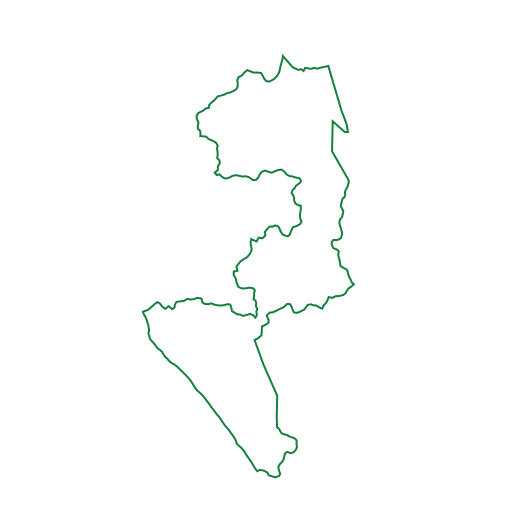 Mata de São João, Bahia, Brazil (Mercator projection), rotated 109°
{"feature_id": "56859067B13319482102872", "entity_name": "Mata de São João", "entity_type": "district", "adm_level": 2, "iso_a3": "BRA", "parent_name": "Brazil", "parent_adm1": "Bahia", "projection": "mercator", "projection_center": [-38.132, -12.491], "detail": "fine", "context": "isolated", "style": "outline", "palette": "green", "viewbox_px": 512, "rotation_deg": 109, "n_neighbors": 0, "source": "geoboundaries", "source_scale": "gbopen_adm2", "svg_char_len": 4868}
<svg xmlns="http://www.w3.org/2000/svg" viewBox="0 0 512 512"><g transform="rotate(109 256 256)"><path d="M345.5,344.8L347.9,342.8L349.6,340.7L352.3,338.3L355.4,336.1L358.1,334.4L361.1,332.8L364.2,332.6L366.6,330.6L368.7,329.6L370.3,327.0L371.6,324.5L372.9,322.4L375.2,319.3L376.2,315.9L377.3,313.5L379.1,311.4L380.7,309.5L381.8,306.8L383.4,304.3L384.5,301.4L385.3,297.5L386.4,294.2L387.8,291.3L389.3,288.2L390.7,285.2L392.5,281.7L394.1,278.9L395.4,276.9L397.4,274.3L400.0,271.3L402.5,267.5L404.2,263.1L405.8,260.3L407.8,257.1L409.8,254.1L411.5,251.6L413.4,249.0L415.6,245.7L418.4,241.6L420.1,238.5L422.0,236.0L423.7,233.9L426.5,230.0L428.1,227.0L429.7,224.5L431.8,221.7L434.2,218.2L437.3,214.7L439.8,213.1L441.0,210.4L442.3,207.1L444.0,204.3L446.3,201.4L448.3,198.9L450.0,196.6L451.8,194.0L455.0,190.2L457.1,187.7L459.1,184.6L457.1,182.9L456.5,180.1L456.5,177.4L457.2,174.5L459.2,172.6L459.1,169.7L459.2,166.1L456.6,162.7L454.1,162.1L451.4,164.4L448.2,166.2L444.8,165.6L441.9,164.2L439.3,163.7L435.8,164.1L432.9,164.2L431.0,162.7L431.2,159.3L429.4,156.5L425.9,155.1L422.9,155.2L420.0,156.7L417.1,157.5L415.7,160.6L415.9,164.9L415.3,167.8L415.3,170.5L415.5,173.5L414.0,175.8L412.0,177.8L411.1,180.3L401.2,184.1L381.3,190.4L356.2,213.6L335.9,230.0L333.7,227.8L331.7,226.4L329.2,225.0L320.6,227.4L317.9,224.5L315.1,222.5L312.2,223.3L308.9,226.5L305.1,224.7L303.9,222.1L301.5,219.2L298.4,216.4L295.9,213.6L293.5,212.1L291.2,211.0L290.4,208.0L292.2,206.0L294.5,204.2L297.0,201.8L296.6,199.0L294.5,196.4L290.9,192.9L285.6,191.3L283.8,188.5L284.0,186.0L283.2,183.2L283.9,179.5L284.3,176.3L280.3,175.8L277.2,174.4L274.4,174.0L271.2,173.9L270.7,170.1L268.2,167.8L266.6,164.0L264.4,160.8L262.0,159.1L259.7,158.9L256.7,158.1L254.4,156.3L250.9,154.2L249.9,156.7L247.6,158.7L245.8,160.7L243.3,162.9L241.1,164.1L239.2,165.8L238.8,169.3L237.9,172.9L234.7,174.6L231.7,176.3L228.2,178.7L224.8,179.2L223.5,181.5L223.4,185.3L220.7,188.1L218.3,188.9L215.6,188.1L214.5,184.4L211.6,181.6L208.8,181.6L205.9,182.2L202.2,184.8L198.0,187.8L194.3,188.5L191.4,187.4L188.8,187.5L185.0,188.1L181.4,192.1L177.4,192.6L173.5,192.8L171.4,191.5L169.0,191.6L166.5,192.8L163.4,192.5L159.8,192.0L156.3,192.3L154.0,193.3L132.2,218.2L103.7,227.3L109.9,212.3L108.8,209.5L102.1,213.1L94.4,219.4L91.3,222.1L52.8,249.5L55.2,253.4L57.2,256.6L58.8,258.8L59.3,262.4L61.3,265.2L61.6,268.1L62.1,270.7L65.6,271.3L64.7,274.3L66.2,276.3L66.0,279.1L65.6,282.7L58.2,295.7L60.6,295.2L63.7,294.9L68.1,294.7L72.1,294.1L75.7,294.0L79.3,294.8L82.1,296.1L84.4,297.9L86.7,300.2L87.3,303.3L85.6,306.1L83.1,308.6L81.4,310.8L82.1,314.7L83.4,318.0L83.3,321.1L83.0,324.7L86.5,326.9L89.9,328.0L92.3,330.6L95.8,331.0L98.2,329.7L101.5,328.5L104.9,329.0L106.8,330.6L109.6,333.4L111.4,336.3L113.9,338.7L116.0,341.9L117.6,344.2L120.1,345.2L122.6,346.3L125.8,348.3L129.1,349.6L131.3,348.8L133.0,351.8L135.4,353.0L137.4,354.9L139.4,357.0L142.7,357.8L145.4,356.8L148.5,353.9L152.0,353.3L154.6,352.4L155.7,349.8L157.8,348.5L160.8,347.7L160.1,345.0L159.4,341.9L160.8,339.0L161.1,335.4L161.7,331.0L164.1,328.1L167.3,327.9L169.6,326.4L173.0,325.1L176.2,324.5L177.5,321.7L180.0,320.4L183.5,321.3L187.3,320.1L190.5,322.2L192.3,319.5L190.7,317.1L192.2,314.1L192.9,310.7L191.8,308.4L190.1,306.3L187.8,304.2L186.1,301.3L185.7,298.0L185.2,294.2L184.0,291.9L183.8,288.4L185.2,283.5L184.0,280.7L181.0,279.3L177.8,279.0L174.5,277.9L172.4,275.5L172.3,271.7L172.1,268.3L169.9,265.9L167.5,263.1L166.0,259.9L167.1,256.5L169.1,253.4L169.5,249.8L168.9,247.4L168.9,244.1L168.3,240.3L169.9,238.0L172.6,238.2L174.7,239.8L176.9,241.2L179.5,241.6L181.7,242.9L185.1,242.7L186.5,240.6L188.6,238.9L191.1,238.0L193.5,235.9L194.2,232.6L193.9,230.0L197.7,228.7L201.9,228.1L206.1,226.5L208.6,224.2L211.5,224.7L214.2,227.0L216.7,230.5L221.1,230.9L224.9,231.0L227.1,232.4L227.2,237.4L225.1,240.4L223.0,242.2L220.8,244.6L220.8,247.8L222.8,249.8L223.8,252.7L227.3,254.4L230.5,255.5L233.4,253.8L237.1,255.6L237.8,259.5L242.0,260.2L241.9,263.3L241.5,266.0L244.6,265.6L247.6,264.4L249.7,262.9L252.4,262.0L255.8,262.4L260.0,264.0L263.4,266.9L266.1,268.9L269.4,270.1L272.4,271.0L276.0,268.7L277.9,272.0L281.1,271.0L284.0,267.7L287.8,265.5L290.9,262.6L291.3,258.9L290.2,255.9L288.2,252.2L287.4,248.4L288.8,245.9L291.6,245.8L294.5,244.7L297.4,244.4L298.7,241.6L300.9,240.3L303.6,239.7L305.3,237.7L308.3,237.6L311.9,235.9L314.5,236.6L312.8,239.4L312.8,242.9L315.1,246.1L316.9,248.8L316.5,252.0L317.3,255.0L316.5,257.9L316.0,260.8L313.1,262.4L310.3,264.5L310.8,267.2L312.6,269.7L314.4,273.3L315.2,276.5L315.5,279.8L315.3,282.6L317.2,285.7L318.0,289.3L317.2,291.7L314.0,293.6L314.7,297.9L317.1,300.8L318.5,303.8L319.0,307.1L321.7,309.3L323.8,313.3L325.4,316.3L328.6,316.8L331.6,316.3L333.5,317.9L331.9,322.4L335.6,324.5L334.2,328.4L332.3,331.3L331.6,334.0L333.8,335.8L336.7,337.4L339.6,339.0L342.3,340.7L344.0,343.0L345.5,344.8Z" fill="none" stroke="#15803d" stroke-width="2"/></g></svg>